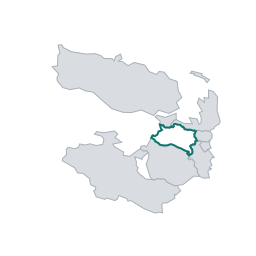 Bulgaria shown with its bordering countries, rotated 199°
{"feature_id": "BGR", "entity_name": "Bulgaria", "entity_type": "country or territory", "adm_level": 0, "iso_a3": "BGR", "parent_name": "Europe", "parent_adm1": "", "projection": "robinson", "projection_center": [24.961, 42.741], "detail": "fine", "context": "with_neighbors", "style": "outline", "palette": "teal", "viewbox_px": 256, "rotation_deg": 199, "n_neighbors": 7, "source": "natural_earth", "source_scale": "50m", "svg_char_len": 5555}
<svg xmlns="http://www.w3.org/2000/svg" viewBox="0 0 256 256"><g transform="rotate(199 128 128)"><path d="M147.2,109.7L150.7,111.7L157.7,111.2L156.5,114.3L149.0,115.8L139.7,120.8L135.8,119.0L137.2,115.0L129.4,112.4L137.1,107.9L135.0,106.0L124.2,103.8L123.6,100.6L117.3,101.7L109.6,112.7L106.4,111.3L103.2,112.6L100.1,111.1L101.8,110.1L104.8,104.4L104.3,102.9L112.3,103.0L109.0,98.7L107.9,95.1L105.4,93.7L105.8,90.8L102.7,88.5L94.8,85.5L85.8,87.6L84.1,89.6L76.7,91.7L73.5,89.6L64.9,88.6L61.9,90.5L61.5,88.2L57.7,85.8L61.0,80.1L62.5,80.6L60.8,76.8L67.0,69.7L70.3,68.7L71.1,66.4L67.8,59.0L70.9,58.7L74.6,56.4L86.5,56.9L101.7,60.3L104.2,58.8L106.0,60.8L114.7,61.2L115.0,56.9L117.0,55.1L125.2,54.9L126.7,53.0L135.6,52.6L140.1,57.4L138.6,59.1L139.3,61.7L144.6,62.1L147.2,65.8L147.2,67.4L155.9,70.4L161.0,69.1L165.5,73.0L179.6,75.7L179.8,78.2L177.4,82.7L179.3,87.5L178.4,90.3L171.9,91.0L168.5,93.4L168.5,97.2L163.1,97.9L158.7,100.7L152.3,101.1L146.5,104.3L147.2,109.7Z" fill="#d9dde1" stroke="#a8b0b8" stroke-width="1"/><path d="M100.1,111.1L103.2,112.6L106.4,111.3L109.6,112.7L109.8,115.0L106.5,116.8L104.4,116.0L102.6,126.5L93.3,122.4L85.1,124.5L81.6,126.7L63.2,125.5L59.9,120.4L61.6,118.9L59.8,117.8L57.6,119.8L53.6,117.3L53.1,113.7L48.9,111.7L48.2,108.9L44.5,105.6L50.1,103.9L57.7,92.3L64.9,88.6L73.5,89.6L76.7,91.7L84.1,89.6L85.8,87.6L88.6,87.6L90.7,88.4L99.1,99.7L98.8,107.1L100.1,111.1Z" fill="#d9dde1" stroke="#a8b0b8" stroke-width="1"/><path d="M87.0,200.0L86.1,202.6L75.6,203.4L75.7,201.9L66.7,200.2L68.1,196.5L72.1,199.4L83.2,199.6L83.1,201.1L87.0,200.0ZM63.0,147.1L68.3,147.4L74.0,145.0L79.0,148.0L85.5,147.2L85.5,142.9L89.0,145.2L86.8,150.6L85.1,151.6L77.1,150.5L68.4,152.8L73.4,157.7L65.7,159.1L62.0,154.6L60.6,156.6L62.2,161.8L65.7,165.9L63.0,167.8L70.6,174.4L70.6,179.4L64.0,177.0L66.1,181.5L61.5,182.4L64.2,190.2L59.3,190.3L53.4,186.5L49.6,173.6L43.2,164.6L42.8,162.1L46.2,157.8L46.7,155.0L49.0,153.7L49.2,151.4L53.9,150.7L56.6,148.8L60.5,148.9L63.0,147.1Z" fill="#d9dde1" stroke="#a8b0b8" stroke-width="1"/><path d="M221.2,183.6L217.8,185.1L215.1,182.9L206.6,181.7L191.5,184.3L183.3,187.6L177.3,187.6L173.3,186.0L165.4,188.4L163.0,186.7L162.8,191.6L159.1,195.5L156.2,191.5L158.8,188.2L154.4,188.9L148.3,186.9L143.4,192.0L132.4,192.9L126.4,188.2L118.5,187.9L116.9,191.6L111.9,192.6L104.8,188.0L96.8,188.1L92.4,179.4L87.1,174.5L90.6,167.7L86.0,163.5L93.9,155.1L104.9,154.8L107.8,148.2L121.4,149.3L129.8,143.7L137.9,141.2L149.7,141.0L172.8,150.5L181.0,149.2L187.2,150.0L195.3,145.4L202.8,145.0L210.0,149.3L211.5,152.3L211.1,156.6L219.7,161.3L214.9,163.8L217.9,173.9L216.7,176.6L221.2,183.6ZM85.5,142.9L92.7,140.1L98.8,141.3L99.7,144.7L106.0,147.5L104.7,149.6L96.3,150.1L87.3,157.5L85.1,151.6L86.8,150.6L89.0,145.2L85.5,142.9Z" fill="#d9dde1" stroke="#a8b0b8" stroke-width="1"/><path d="M59.1,138.6L62.6,141.4L63.0,147.1L60.5,148.9L56.6,148.8L53.9,150.7L49.2,151.4L46.3,149.3L45.3,145.6L47.6,140.9L59.1,138.6Z" fill="#d9dde1" stroke="#a8b0b8" stroke-width="1"/><path d="M34.8,107.4L40.2,105.2L44.5,105.6L48.2,108.9L48.9,111.7L53.1,113.7L53.6,117.3L57.6,119.8L59.8,117.8L61.6,118.9L59.9,120.4L61.2,121.9L59.4,123.9L60.0,127.1L63.4,130.8L60.7,133.5L59.5,136.3L60.2,137.4L59.1,138.6L53.4,139.2L54.8,135.4L48.1,130.3L44.1,134.3L44.7,133.5L37.0,128.1L38.6,127.7L39.7,123.6L36.5,120.3L38.3,116.4L35.8,116.5L38.5,113.2L34.8,107.4Z" fill="#d9dde1" stroke="#a8b0b8" stroke-width="1"/><path d="M46.3,142.6L45.9,139.5L42.8,136.2L45.8,133.7L46.9,130.8L48.1,130.3L54.8,135.4L53.4,139.2L47.6,140.9L47.2,142.7L46.3,142.6Z" fill="#d9dde1" stroke="#a8b0b8" stroke-width="1"/><path d="M99.0,141.6L98.0,141.5L97.7,141.5L97.5,141.8L97.0,141.7L96.5,141.7L95.9,142.0L95.6,142.1L95.1,141.8L94.3,141.2L93.9,140.7L93.5,140.6L93.1,140.7L91.9,140.9L91.5,141.1L91.0,141.4L90.4,141.6L89.5,141.7L89.0,141.7L88.8,141.8L88.6,142.3L88.4,142.7L88.3,142.9L87.2,143.1L87.0,143.4L87.0,143.6L87.0,143.8L86.1,143.6L85.5,143.8L85.3,143.9L85.2,144.2L85.2,144.5L85.5,144.8L85.7,145.5L85.8,146.3L85.7,146.7L85.2,147.0L84.2,147.4L83.2,147.2L82.7,147.3L82.0,147.4L81.3,147.5L80.3,147.8L79.4,148.0L78.5,147.3L77.5,146.9L76.5,146.6L76.1,146.8L76.0,147.0L75.1,146.4L74.7,146.2L74.2,145.3L74.0,145.2L73.2,145.5L72.5,145.5L72.1,145.5L70.9,145.5L70.7,146.0L70.3,146.1L69.6,146.1L68.8,146.5L67.9,146.7L67.2,146.7L66.5,146.6L66.0,146.7L65.1,146.7L64.5,147.3L63.5,147.2L62.8,147.2L63.0,144.8L63.4,143.8L63.4,143.6L63.0,143.3L62.8,142.8L62.3,141.4L62.0,141.1L61.2,140.9L60.5,140.5L59.9,139.9L58.8,138.6L59.4,138.5L59.5,138.2L60.1,137.5L60.1,137.2L59.7,136.6L59.5,135.9L59.7,135.2L59.7,134.8L59.5,134.5L59.7,134.0L60.1,133.8L60.4,133.7L61.4,133.7L62.1,132.8L62.5,132.5L62.9,132.0L63.1,131.8L63.3,131.4L63.3,131.0L62.5,130.5L62.2,130.0L61.9,129.6L61.4,129.3L60.4,128.7L60.0,128.1L59.8,127.4L59.6,126.9L59.3,126.5L59.2,126.2L59.1,125.9L59.1,125.2L59.4,124.2L59.5,123.9L59.8,123.8L60.8,123.3L60.8,122.7L61.0,122.3L61.3,122.0L61.5,121.9L62.0,122.3L63.2,122.9L63.8,123.3L63.7,123.5L63.5,123.8L62.9,124.1L62.6,124.4L62.6,124.8L62.6,125.1L63.0,125.4L65.1,125.1L67.3,125.2L70.2,125.8L72.2,126.0L73.6,125.8L76.2,126.2L78.7,126.7L81.1,126.8L82.4,126.5L83.3,126.0L84.1,125.1L86.1,123.9L88.0,123.2L90.5,122.7L92.2,122.5L92.4,122.7L94.6,123.8L95.5,123.8L96.3,124.0L96.6,124.3L96.8,124.3L97.8,124.1L98.3,124.7L99.0,125.5L100.2,125.9L101.3,126.2L101.6,126.2L102.8,126.2L102.6,128.3L102.0,129.3L100.9,128.9L99.6,129.2L99.0,130.3L98.6,130.7L98.2,131.0L98.0,132.5L98.0,134.8L97.5,135.1L97.0,135.2L95.2,137.3L96.3,137.9L96.8,138.3L97.6,139.6L98.7,141.0L99.0,141.6Z" fill="none" stroke="#0f766e" stroke-width="2"/></g></svg>